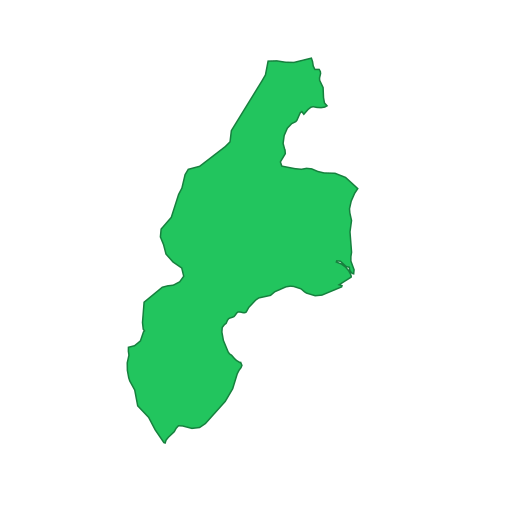 Samsun, Robinson projection, rotated 107°
{"feature_id": "TUR-2296", "entity_name": "Samsun", "entity_type": "Province", "adm_level": 1, "iso_a3": "TUR", "parent_name": "Turkey", "parent_adm1": "", "projection": "robinson", "projection_center": [35.998, 41.292], "detail": "fine", "context": "isolated", "style": "filled", "palette": "green", "viewbox_px": 512, "rotation_deg": 107, "n_neighbors": 0, "source": "natural_earth", "source_scale": "10m", "svg_char_len": 2223}
<svg xmlns="http://www.w3.org/2000/svg" viewBox="0 0 512 512"><g transform="rotate(107 256 256)"><path d="M161.8,178.4L167.2,180.0L175.7,181.0L183.5,180.4L187.3,178.9L194.2,175.0L205.4,173.2L224.5,165.7L228.8,165.1L233.1,163.8L240.5,158.2L244.5,157.4L244.5,158.9L243.7,160.3L242.7,161.6L241.3,162.7L239.5,163.4L239.7,166.8L236.3,173.7L237.0,177.4L238.3,177.4L238.7,172.0L240.4,167.2L242.9,163.2L245.5,160.5L247.4,159.1L248.3,158.8L259.2,168.1L259.2,165.1L260.5,165.1L274.1,181.5L276.7,187.8L276.7,196.9L276.1,199.1L274.5,202.7L274.2,203.8L274.1,211.1L274.8,214.4L276.7,218.3L284.7,227.6L289.4,230.6L295.3,241.1L298.2,243.4L307.3,247.9L312.5,249.0L313.5,250.1L314.0,251.8L314.1,254.1L314.7,256.7L316.2,257.8L318.2,258.4L320.3,259.3L321.3,260.4L323.1,263.0L324.0,263.9L325.8,264.5L329.2,264.9L330.8,266.1L334.2,267.4L338.7,266.4L346.3,262.5L355.9,254.6L357.4,252.6L358.0,250.4L360.5,246.4L361.1,245.0L361.5,244.5L362.7,239.8L362.3,239.5L364.7,237.5L367.2,237.7L370.2,238.8L374.1,239.5L389.8,239.5L404.0,242.9L431.0,255.4L436.5,259.8L439.6,266.9L440.0,276.6L441.0,280.5L444.1,282.0L447.9,282.8L454.9,286.8L458.5,288.2L461.4,288.2L461.4,289.5L451.8,301.5L441.7,311.5L433.9,325.3L419.6,332.8L412.4,340.2L409.7,342.1L402.9,345.6L395.8,347.9L388.0,348.5L384.4,350.2L380.6,351.3L377.3,345.9L371.0,341.7L361.4,341.4L360.2,340.7L359.0,342.4L352.8,345.1L332.9,349.5L313.3,336.5L310.4,331.8L308.1,326.6L303.0,321.4L296.5,319.2L289.2,323.5L286.0,333.6L280.5,342.6L272.2,347.7L265.7,353.0L258.0,354.6L243.8,348.3L219.7,348.0L212.7,346.7L198.9,347.6L192.9,346.1L186.7,336.1L160.4,317.4L154.4,314.2L143.3,316.2L86.9,301.5L80.1,299.9L66.1,301.4L63.3,293.1L62.1,284.5L59.8,276.3L50.6,260.9L53.5,258.8L57.6,256.8L60.4,254.2L59.1,250.2L60.8,248.4L62.6,247.6L67.2,247.3L69.4,246.5L75.3,241.1L84.9,237.7L89.6,235.3L91.6,232.0L93.5,233.8L95.1,237.1L96.1,241.1L96.5,245.0L97.7,247.0L100.5,249.0L106.5,251.7L104.5,254.4L106.2,255.6L114.4,256.6L115.9,257.3L119.0,260.6L124.6,263.4L132.5,264.3L140.4,263.0L145.9,259.6L146.0,259.3L149.6,257.9L158.9,260.2L162.5,257.6L161.1,244.3L159.8,237.9L157.4,233.3L156.4,228.2L157.1,221.7L156.7,215.2L153.8,204.6L154.7,193.3L161.8,178.4L161.8,178.4Z" fill="#22c55e" stroke="#15803d" stroke-width="1.5"/></g></svg>